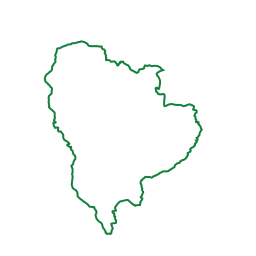 the district of Mweka, Kasaï-Occidental, Democratic Republic of the Congo, rotated 254°
{"feature_id": "63176286B85649689551019", "entity_name": "Mweka", "entity_type": "district", "adm_level": 2, "iso_a3": "COD", "parent_name": "Democratic Republic of the Congo", "parent_adm1": "Kasaï-Occidental", "projection": "orthographic", "projection_center": [21.572, -4.65], "detail": "fine", "context": "isolated", "style": "outline", "palette": "green", "viewbox_px": 256, "rotation_deg": 254, "n_neighbors": 0, "source": "geoboundaries", "source_scale": "gbopen_adm2", "svg_char_len": 5766}
<svg xmlns="http://www.w3.org/2000/svg" viewBox="0 0 256 256"><g transform="rotate(254 128 128)"><path d="M33.5,77.6L33.2,78.0L32.1,78.5L31.9,79.0L31.9,80.4L31.1,81.5L31.1,82.0L31.5,82.4L31.4,82.9L34.0,84.1L35.4,85.6L39.9,85.4L40.5,85.5L40.6,86.3L40.1,90.1L41.3,90.8L41.9,90.9L42.4,90.7L42.8,91.0L44.1,90.6L45.1,90.6L46.1,91.2L46.9,90.5L47.4,90.5L47.8,90.9L48.5,90.8L48.8,91.1L49.9,91.2L50.3,90.3L50.6,90.1L51.8,89.9L52.1,90.1L52.3,91.7L51.9,93.0L51.9,93.6L52.3,93.7L53.9,93.5L55.1,93.6L55.7,94.1L56.8,95.7L57.7,96.7L59.3,99.4L59.5,100.3L59.2,107.0L58.8,108.1L55.6,110.2L54.6,110.5L54.1,111.3L52.7,112.0L52.4,113.0L51.3,113.4L51.5,114.0L51.0,116.9L50.6,118.2L51.7,118.9L52.7,119.1L53.2,119.3L53.4,119.8L53.9,120.1L55.5,122.0L56.1,122.3L56.5,122.1L57.1,121.5L57.6,121.6L57.9,121.2L58.1,121.2L58.1,121.8L58.3,122.1L59.9,123.1L62.0,124.9L62.7,125.0L63.4,124.6L64.1,124.5L65.3,124.6L65.9,125.1L66.9,124.8L68.1,124.9L69.1,125.3L69.8,125.0L70.7,125.2L71.0,124.9L71.7,124.9L73.3,125.6L73.7,126.1L74.0,127.3L74.5,127.5L75.0,128.1L75.3,129.7L76.1,130.8L76.2,131.7L75.5,132.9L75.1,135.2L74.2,136.2L73.9,136.9L73.8,137.8L74.5,139.1L74.6,139.9L74.5,141.0L74.9,141.7L75.0,143.3L75.4,145.0L76.1,146.2L76.0,147.5L76.5,148.5L76.5,150.6L75.8,152.5L75.4,155.1L76.0,156.3L76.4,156.6L76.5,158.4L77.3,160.2L77.4,161.4L77.9,162.1L79.3,163.0L80.4,165.4L80.3,168.0L81.4,168.7L81.6,169.1L81.6,169.9L82.2,171.2L82.2,171.9L82.0,172.7L82.8,175.1L83.5,175.8L84.0,176.9L84.7,177.1L85.6,178.3L87.2,178.3L87.5,178.5L87.7,179.1L87.8,180.8L88.7,181.9L89.0,182.0L90.0,181.8L90.5,181.9L90.7,182.5L91.3,183.3L91.8,185.9L92.4,186.4L92.8,187.5L93.1,187.8L94.0,187.8L94.4,187.9L94.7,188.4L95.0,189.4L95.7,190.3L97.1,189.9L96.9,190.6L97.7,191.8L98.1,191.9L99.5,191.2L100.2,193.1L100.9,193.6L101.3,194.5L103.3,195.4L106.3,198.5L107.4,198.0L107.9,198.0L108.5,198.2L109.3,198.1L110.2,197.7L110.8,197.6L111.5,197.1L112.0,197.2L112.7,196.6L113.3,196.7L113.7,197.3L114.2,197.3L114.6,196.6L114.9,195.1L115.4,195.0L116.0,195.6L116.7,195.8L117.2,195.8L118.2,195.3L118.9,195.7L120.4,195.9L121.1,195.2L121.4,195.2L123.3,196.5L123.6,196.9L124.0,198.2L124.8,198.6L126.0,198.6L126.3,198.2L127.0,196.6L127.8,195.7L128.1,195.8L129.3,196.9L130.1,197.3L130.7,197.3L131.2,197.0L132.3,195.8L132.4,195.2L133.4,194.5L133.8,193.7L133.9,191.1L133.5,189.7L133.7,187.3L135.6,185.1L136.2,183.3L136.2,182.8L137.6,179.1L139.0,176.8L139.2,175.6L139.3,173.4L138.8,170.6L139.0,169.2L140.3,169.1L140.8,169.2L145.4,170.7L146.0,171.2L148.1,171.9L149.0,172.1L150.4,172.1L151.1,170.9L151.0,169.9L151.3,169.3L151.4,168.0L151.7,167.4L152.2,167.1L152.6,166.2L154.1,166.1L155.0,165.2L155.4,165.2L156.4,165.4L158.3,165.4L158.8,165.9L158.9,166.6L158.6,167.1L157.5,167.5L157.1,167.9L157.1,168.5L157.6,168.9L161.2,170.7L163.6,171.6L164.3,171.8L167.2,171.7L169.1,171.2L170.4,170.5L170.9,170.4L172.5,170.7L173.3,172.5L173.8,174.4L174.0,177.7L175.2,176.6L177.9,175.3L179.8,172.8L180.5,170.5L180.9,167.9L181.2,167.2L182.2,166.2L182.5,165.7L182.4,164.6L182.1,163.8L183.1,162.5L183.4,161.4L182.5,160.6L181.0,159.9L180.7,158.0L181.2,155.3L180.3,154.2L179.1,153.6L178.5,151.7L179.2,150.8L179.6,150.7L180.3,149.7L181.8,148.5L182.3,147.5L182.8,147.1L184.2,146.3L185.0,146.2L185.7,146.4L186.2,146.0L187.9,145.6L188.5,145.1L189.1,144.0L190.0,143.5L190.9,142.3L191.4,141.9L193.2,141.5L193.1,140.2L193.7,139.6L193.3,139.2L193.5,138.8L193.4,138.2L192.6,138.2L192.1,136.7L191.2,136.3L191.0,135.3L191.2,135.0L192.6,134.9L193.9,134.3L194.6,134.2L195.7,133.4L196.2,131.4L196.3,130.2L196.5,129.8L197.9,129.1L198.8,127.8L199.2,126.0L199.5,125.6L200.9,126.0L201.4,126.5L202.9,126.4L203.9,126.9L204.9,126.5L205.4,126.7L206.1,126.3L206.6,126.3L207.1,126.7L207.3,126.7L207.6,127.2L208.0,127.3L209.6,127.0L210.0,126.8L210.6,125.5L210.9,125.3L212.5,124.9L213.6,125.1L214.2,122.9L215.4,120.5L215.3,119.8L215.8,119.1L215.9,118.1L216.3,117.2L216.5,115.6L216.9,115.3L217.4,113.5L218.2,112.7L219.0,112.3L220.0,112.3L222.5,109.9L224.2,107.0L224.0,105.3L224.3,103.6L224.1,100.7L224.9,97.7L224.1,95.9L224.7,94.4L224.8,92.9L224.3,91.6L224.5,90.4L224.2,89.7L224.4,89.1L224.2,88.6L224.2,87.1L223.5,84.8L223.9,82.0L222.7,81.0L221.7,80.8L220.5,80.1L218.0,78.0L216.0,78.2L213.8,76.8L212.3,76.7L211.5,76.5L209.9,74.1L209.3,73.7L208.4,72.5L207.6,71.9L205.1,71.0L204.1,70.0L203.3,67.7L202.7,66.9L202.3,65.4L201.5,64.0L200.3,62.7L198.2,61.6L195.7,61.4L194.8,61.7L193.2,63.0L191.8,63.4L191.0,64.1L188.7,64.9L187.5,65.8L187.1,65.8L186.4,65.7L184.3,64.7L182.5,64.2L181.9,63.5L180.6,60.9L179.9,60.5L178.8,60.0L176.4,59.6L175.5,59.0L173.6,58.8L172.7,58.4L171.0,58.5L170.0,57.8L169.4,57.9L163.4,61.6L162.3,61.6L160.3,60.9L158.0,60.6L157.5,60.0L156.6,59.8L155.8,58.9L155.0,59.0L153.7,60.0L153.3,60.0L153.1,59.8L153.7,58.3L153.4,57.6L152.8,57.4L150.3,57.4L148.2,58.0L148.1,58.4L148.2,59.3L147.8,60.7L147.3,61.0L146.8,60.8L145.5,60.0L144.5,60.1L143.5,60.7L143.4,62.0L142.7,62.6L140.1,63.6L139.3,63.8L138.4,63.7L137.7,63.3L136.9,63.3L136.4,63.1L135.6,63.1L134.1,63.6L131.3,66.2L130.5,66.7L129.6,66.9L129.2,67.3L128.8,67.1L128.8,65.3L128.5,64.9L127.9,64.9L125.8,66.8L125.6,67.3L125.5,68.1L125.1,68.1L124.0,67.4L123.1,67.3L122.6,67.4L122.1,68.0L121.3,68.4L118.7,68.3L117.7,68.4L116.0,69.4L114.4,69.4L112.9,68.9L112.4,68.5L111.8,67.4L111.0,66.7L108.5,65.3L107.9,64.6L107.5,63.4L107.2,63.1L103.8,63.4L100.8,62.6L99.1,61.5L97.1,61.5L95.6,61.1L92.3,59.6L91.0,59.2L89.5,58.3L85.8,58.3L85.0,58.6L82.6,60.7L80.7,61.4L79.9,61.6L78.6,61.2L77.8,61.2L77.1,60.8L75.9,60.8L72.4,63.0L71.2,64.1L69.8,64.8L68.6,66.2L67.8,66.5L66.6,67.6L65.8,68.0L65.0,68.6L63.7,68.9L63.0,69.4L61.7,72.3L61.5,73.5L61.0,73.8L59.8,73.5L57.5,74.5L55.3,74.4L53.3,72.8L50.1,72.7L48.6,73.1L46.0,74.4L44.0,76.2L42.7,76.5L42.0,76.5L41.4,76.6L40.4,76.4L38.5,76.6L37.6,77.1L34.8,77.9L33.5,77.6Z" fill="none" stroke="#15803d" stroke-width="2"/></g></svg>